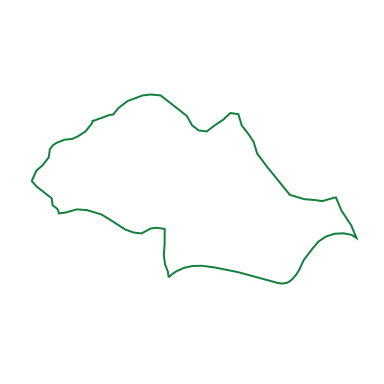 Sinyang, P'yŏngan-namdo, North Korea (Robinson projection), rotated 83°
{"feature_id": "82179303B23592668869801", "entity_name": "Sinyang", "entity_type": "district", "adm_level": 2, "iso_a3": "PRK", "parent_name": "North Korea", "parent_adm1": "P'yŏngan-namdo", "projection": "robinson", "projection_center": [126.57, 39.355], "detail": "fine", "context": "isolated", "style": "outline", "palette": "green", "viewbox_px": 384, "rotation_deg": 83, "n_neighbors": 0, "source": "geoboundaries", "source_scale": "gbopen_adm2", "svg_char_len": 1292}
<svg xmlns="http://www.w3.org/2000/svg" viewBox="0 0 384 384"><g transform="rotate(83 192 192)"><path d="M188.0,332.0L192.3,327.8L196.3,326.6L197.0,326.8L197.0,320.2L195.2,308.4L197.2,298.5L203.2,284.7L211.1,274.8L221.0,263.0L225.0,255.1L227.0,247.3L223.2,237.4L223.2,231.5L225.3,223.6L240.9,225.6L250.7,227.6L260.5,227.6L268.3,225.6L274.0,225.6L273.9,225.6L271.2,221.9L268.9,217.4L266.4,209.7L265.5,200.7L266.4,191.3L269.6,178.9L276.0,159.5L277.4,155.5L292.7,118.0L293.9,113.7L293.7,108.8L292.2,105.2L289.5,101.5L286.0,98.0L282.2,95.0L273.3,89.5L262.8,79.3L256.3,72.1L252.5,64.2L250.8,55.8L251.5,46.5L254.0,38.9L257.8,34.3L244.4,38.1L228.7,45.9L215.0,49.8L215.0,51.8L216.9,63.7L214.8,71.6L212.8,81.4L206.8,95.2L177.9,113.3L175.3,114.9L161.6,122.7L149.8,124.7L141.9,128.6L132.1,134.5L120.4,136.5L118.3,144.3L124.1,152.3L128.0,160.2L133.7,170.0L131.7,177.9L125.8,183.8L116.0,187.8L108.1,195.6L98.2,205.5L92.3,211.4L90.2,221.2L90.1,229.1L92.0,237.0L93.9,244.9L99.7,254.8L105.5,260.8L105.5,264.7L107.4,272.6L109.2,280.5L109.2,282.0L111.2,282.5L115.1,286.4L118.9,290.4L122.8,298.3L124.7,304.2L124.6,312.1L126.5,320.0L128.4,324.0L132.3,327.9L140.1,329.9L147.9,337.8L151.7,343.8L161.5,349.7L167.4,345.8L173.3,339.9L181.2,332.0L188.0,332.0Z" fill="none" stroke="#15803d" stroke-width="2"/></g></svg>